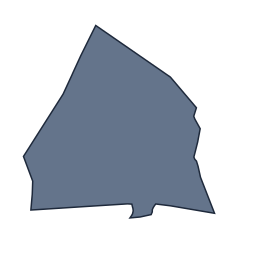 outline of Jaguaruana, Ceará, Brazil, rotated 189°
{"feature_id": "56859067B92650873269192", "entity_name": "Jaguaruana", "entity_type": "district", "adm_level": 2, "iso_a3": "BRA", "parent_name": "Brazil", "parent_adm1": "Ceará", "projection": "albers", "projection_center": [-37.778, -4.886], "detail": "fine", "context": "isolated", "style": "filled", "palette": "slate", "viewbox_px": 256, "rotation_deg": 189, "n_neighbors": 0, "source": "geoboundaries", "source_scale": "gbopen_adm2", "svg_char_len": 629}
<svg xmlns="http://www.w3.org/2000/svg" viewBox="0 0 256 256"><g transform="rotate(189 128 128)"><path d="M211.1,31.8L206.1,32.9L156.4,44.1L116.6,53.0L112.3,53.4L111.4,51.2L110.5,49.2L109.9,47.0L110.1,43.9L110.8,42.0L112.0,39.5L102.1,42.0L91.6,46.1L90.9,48.9L91.2,51.2L90.6,53.4L89.7,55.5L88.7,57.3L73.8,57.8L29.2,57.3L48.7,90.7L52.8,101.1L55.2,106.0L57.1,107.5L58.4,109.6L57.8,116.0L57.0,125.1L56.6,138.6L63.4,147.3L64.9,149.9L63.6,158.7L94.1,184.9L175.9,224.2L185.9,192.2L191.1,173.7L191.5,172.1L197.4,151.3L224.9,87.9L226.8,83.6L213.8,60.6L212.2,47.6L211.1,31.8Z" fill="#64748b" stroke="#1e293b" stroke-width="1.5"/></g></svg>